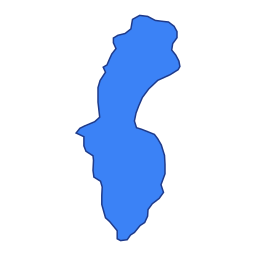 Alingsås, Västra Götaland, Sweden (Mercator projection)
{"feature_id": "70781695B65957957058719", "entity_name": "Alingsås", "entity_type": "district", "adm_level": 2, "iso_a3": "SWE", "parent_name": "Sweden", "parent_adm1": "Västra Götaland", "projection": "mercator", "projection_center": [12.579, 57.995], "detail": "fine", "context": "isolated", "style": "filled", "palette": "blue", "viewbox_px": 256, "rotation_deg": 0, "n_neighbors": 0, "source": "geoboundaries", "source_scale": "gbopen_adm2", "svg_char_len": 1056}
<svg xmlns="http://www.w3.org/2000/svg" viewBox="0 0 256 256"><path d="M163.5,192.4L161.0,184.7L165.0,173.8L165.0,164.4L164.5,155.4L161.3,145.0L157.6,138.6L154.4,134.4L148.5,132.0L141.6,129.3L136.5,127.7L134.4,121.0L136.0,113.1L138.7,105.9L142.4,97.4L148.8,88.8L157.8,80.3L170.1,74.7L178.1,69.7L179.9,66.5L179.5,64.3L178.9,61.1L175.7,55.0L171.7,50.0L172.7,43.6L177.0,37.7L177.0,31.6L174.1,26.3L168.5,22.0L161.3,21.2L155.2,20.4L147.7,16.4L139.7,15.4L133.5,18.8L132.5,19.4L130.9,28.9L125.1,33.5L117.9,35.3L113.4,38.0L113.4,42.8L116.0,48.6L111.8,54.0L109.6,58.8L107.0,64.9L103.2,67.2L105.5,72.2L100.1,80.5L98.0,87.6L98.0,102.2L99.7,117.2L94.7,121.7L84.7,125.9L79.9,128.3L76.1,133.0L83.9,136.7L83.9,145.9L86.0,151.3L93.0,155.8L93.5,160.4L93.0,170.4L93.9,177.1L100.5,181.2L102.2,187.0L101.8,195.4L101.8,204.5L105.5,217.8L109.7,221.6L117.2,230.7L117.2,238.8L120.6,240.6L127.2,239.7L130.5,235.0L134.5,232.4L140.1,225.5L144.7,222.5L147.6,216.2L148.0,209.6L152.3,203.7L159.2,198.4L162.2,194.2L163.5,192.4Z" fill="#3b82f6" stroke="#1e3a8a" stroke-width="1.5"/></svg>